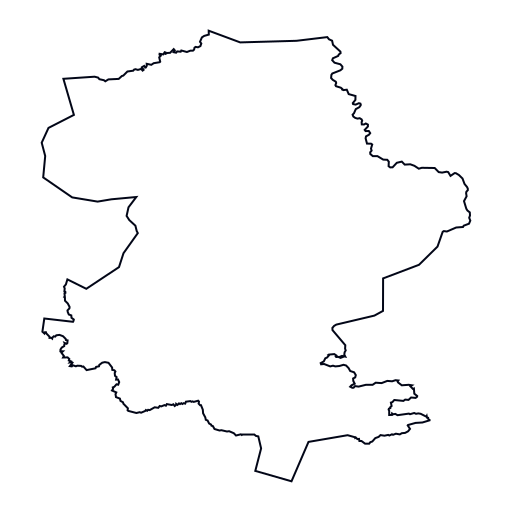 outline of Cagaan-Uul, Hövsgöl, Mongolia
{"feature_id": "93677404B10407015585804", "entity_name": "Cagaan-Uul", "entity_type": "district", "adm_level": 2, "iso_a3": "MNG", "parent_name": "Mongolia", "parent_adm1": "Hövsgöl", "projection": "natural_earth1", "projection_center": [98.66, 49.521], "detail": "fine", "context": "isolated", "style": "outline", "palette": "ink", "viewbox_px": 512, "rotation_deg": 0, "n_neighbors": 0, "source": "geoboundaries", "source_scale": "gbopen_adm2", "svg_char_len": 5943}
<svg xmlns="http://www.w3.org/2000/svg" viewBox="0 0 512 512"><path d="M338.2,55.9L338.7,54.6L340.6,53.1L340.4,51.6L333.0,44.8L332.1,40.7L329.0,39.3L327.3,37.1L296.5,40.8L240.2,42.4L208.7,30.7L208.8,34.6L204.2,35.9L201.9,37.4L200.0,41.8L201.3,43.5L200.4,46.1L198.0,47.3L195.6,46.9L194.5,47.7L194.1,49.6L192.9,50.7L190.3,50.7L186.9,52.0L181.3,50.5L180.7,51.7L177.2,51.4L176.1,52.7L173.7,52.2L174.8,50.4L173.7,49.1L170.1,52.8L167.1,53.0L165.5,53.9L164.9,53.6L165.3,52.4L164.7,52.2L163.3,54.4L159.6,53.8L159.5,54.7L160.7,55.8L159.2,57.3L160.2,61.7L159.7,62.2L153.7,63.2L151.3,64.8L146.7,63.8L146.8,65.7L145.8,67.5L145.3,67.6L144.2,65.9L141.8,67.3L141.7,68.1L143.5,69.3L143.6,69.9L142.6,70.6L141.2,68.9L137.9,69.9L135.5,69.2L134.1,69.6L133.2,70.7L127.4,71.5L123.3,75.6L121.9,76.0L118.7,78.9L108.4,79.4L105.3,81.3L103.9,80.2L99.4,79.2L98.1,77.6L94.6,76.7L63.4,78.8L73.9,114.9L48.5,127.9L41.7,142.7L45.2,156.0L43.2,177.4L72.2,197.4L97.6,201.6L111.4,199.3L136.3,197.0L128.5,207.3L126.6,215.9L129.3,220.1L135.4,225.7L136.7,231.0L137.8,233.1L123.5,253.2L119.0,267.1L86.3,288.8L67.4,279.4L65.9,284.4L64.0,286.7L64.7,288.4L64.4,291.4L65.3,291.8L65.4,292.9L64.5,293.4L64.8,296.5L64.3,297.0L64.9,297.4L65.0,300.7L67.8,303.5L69.6,307.0L69.4,308.4L67.5,310.4L67.7,311.9L68.8,314.5L71.3,315.4L71.5,317.8L73.8,319.5L73.5,320.9L73.0,321.8L44.3,318.5L42.4,331.7L44.4,333.5L44.8,332.3L45.9,332.2L46.4,333.5L49.5,336.7L49.5,337.9L51.2,337.8L52.2,338.6L52.4,337.6L53.7,336.3L55.2,336.6L56.3,335.3L59.5,334.9L63.0,336.2L65.7,338.9L65.9,340.0L67.6,340.4L67.3,343.2L66.6,343.8L64.5,342.9L64.9,343.9L64.3,344.6L64.2,346.1L61.8,347.5L60.5,349.5L60.4,351.2L62.9,351.3L61.4,352.7L63.9,356.0L63.1,357.5L67.6,357.4L69.3,359.0L68.8,360.5L70.8,361.3L69.9,362.4L71.7,362.1L72.5,362.6L69.9,366.1L71.8,366.4L72.9,365.3L75.9,366.3L77.3,365.7L81.1,365.9L82.1,366.7L83.4,366.5L86.6,370.1L95.5,368.3L96.1,366.9L99.0,366.3L99.3,364.9L102.2,362.7L104.9,362.1L108.5,362.8L112.1,367.5L112.3,369.9L114.4,370.3L115.4,371.5L114.7,373.0L115.0,375.8L116.6,377.1L116.1,379.6L118.0,379.5L119.2,382.1L118.2,384.7L116.5,384.3L114.3,386.8L112.8,387.4L113.1,388.9L112.0,390.5L116.3,392.4L115.5,394.2L116.0,397.1L119.9,398.6L120.5,400.9L123.0,402.3L123.4,403.7L127.9,408.3L127.6,410.3L128.3,410.9L136.4,413.0L139.7,412.2L141.1,412.7L145.1,411.0L145.9,410.0L147.1,410.8L148.1,409.8L149.7,410.1L154.7,407.3L158.3,407.8L159.7,406.0L161.2,406.4L164.5,405.1L165.9,405.7L166.8,404.1L171.8,405.0L173.4,404.3L174.7,406.0L176.1,404.9L176.2,403.9L177.5,404.9L179.0,403.4L180.0,404.1L181.3,403.2L182.4,404.0L183.6,403.2L185.2,403.6L185.9,401.7L190.4,401.1L191.4,401.8L192.6,401.4L193.7,401.9L198.2,400.7L199.0,401.6L198.6,403.6L200.1,405.2L201.0,405.2L202.8,409.7L203.1,413.3L205.3,417.4L205.8,419.8L207.6,420.5L209.1,423.5L211.1,424.6L211.5,425.7L212.9,426.1L214.5,429.0L219.5,430.5L221.4,430.2L227.0,431.5L229.1,431.2L233.8,433.2L236.0,435.5L240.9,434.3L241.8,435.0L242.5,434.5L254.3,434.5L255.9,435.9L258.3,436.4L261.1,448.4L255.3,470.9L291.5,481.3L308.5,441.9L347.6,435.2L354.8,437.2L355.1,437.9L355.7,437.4L357.4,439.1L359.0,438.9L359.4,441.0L361.5,441.0L365.1,443.7L369.2,443.7L370.3,442.2L372.3,441.5L375.3,438.1L378.6,436.9L380.5,435.1L384.5,435.7L388.2,434.9L389.3,435.5L392.0,434.3L393.0,434.8L395.9,433.7L399.8,434.4L401.8,433.2L405.1,432.9L408.1,431.3L410.0,428.9L407.7,425.4L408.0,425.0L415.6,422.9L422.4,422.5L430.3,420.1L429.2,419.9L428.1,418.6L428.1,417.8L427.0,417.6L426.7,416.1L426.4,416.7L420.7,413.8L418.3,413.4L416.0,413.8L414.2,413.0L410.0,414.2L408.9,413.6L397.5,415.2L395.3,413.9L393.3,414.3L392.1,413.5L392.0,414.9L389.2,415.0L389.2,410.9L388.6,409.6L388.9,408.7L390.3,408.1L390.2,407.3L391.6,406.0L390.9,402.6L392.4,402.1L394.3,400.0L403.4,400.9L405.2,399.6L408.5,399.9L411.1,397.5L415.6,397.9L417.1,396.7L417.2,396.0L414.3,393.7L413.9,388.5L412.9,388.9L410.4,386.3L411.9,385.3L408.7,384.8L401.8,385.3L398.0,382.4L397.6,381.5L398.3,380.5L395.5,380.2L392.1,381.3L387.3,380.9L381.6,383.1L375.7,382.7L372.6,384.8L365.9,384.8L358.6,386.6L355.0,386.1L353.6,387.7L352.3,387.8L350.2,386.7L351.5,385.3L354.7,383.7L353.3,381.0L353.1,378.5L355.2,377.4L355.8,375.1L354.1,372.3L350.2,371.0L348.6,368.1L346.1,365.5L343.5,364.8L339.4,366.0L335.3,366.4L333.0,365.7L330.2,366.4L324.1,364.0L321.1,364.3L320.7,363.1L323.8,361.4L325.3,358.3L327.1,357.5L329.0,355.3L328.4,354.9L328.8,354.6L334.3,354.1L336.4,355.5L335.7,356.4L336.2,357.0L338.3,356.9L340.5,357.9L342.3,357.2L340.8,356.4L342.0,355.9L345.3,356.6L344.3,354.6L344.6,352.3L345.7,350.4L345.1,348.7L345.3,345.2L332.5,330.1L332.4,327.9L334.1,325.9L336.3,324.6L374.4,315.6L383.0,310.9L383.1,278.4L419.0,264.8L437.5,246.6L442.7,231.8L443.8,231.1L446.9,231.5L456.2,227.5L463.0,227.0L463.7,225.7L469.0,223.7L470.3,220.6L469.2,217.8L470.0,215.4L469.8,212.4L467.4,210.5L466.3,208.7L464.0,201.1L466.6,196.3L466.1,193.1L466.4,191.7L467.8,190.2L467.8,188.7L467.1,187.1L464.5,183.9L462.5,178.5L458.9,175.0L455.9,173.2L454.6,173.1L450.5,175.9L448.2,172.1L446.6,171.7L442.1,172.6L438.7,172.1L434.7,168.0L421.8,167.8L418.8,168.7L414.4,165.8L410.3,164.3L404.7,164.6L401.8,161.6L396.8,162.8L392.6,167.3L390.2,167.4L388.6,166.2L388.8,161.7L387.3,159.8L383.2,159.6L377.4,156.1L372.8,156.1L370.3,154.0L370.2,152.3L371.6,150.6L371.0,148.6L372.2,144.5L371.1,143.7L367.0,143.6L365.6,138.3L366.0,136.4L369.0,134.7L370.2,133.1L368.8,131.0L365.6,131.1L364.7,129.9L367.9,126.5L367.9,124.6L365.8,123.5L364.0,124.5L361.8,124.4L361.6,122.1L362.2,120.7L361.6,119.4L359.7,118.2L357.5,118.6L355.2,117.9L353.3,116.5L352.6,114.7L354.0,113.2L355.8,109.1L359.3,107.2L360.4,105.7L360.8,104.9L360.4,103.6L358.9,103.2L355.7,104.6L353.1,104.1L352.8,103.1L355.4,99.9L355.5,96.0L348.7,94.1L346.8,89.7L343.4,90.1L342.1,89.5L342.0,88.9L342.9,89.4L340.8,87.7L336.0,86.2L335.4,85.1L336.2,83.0L335.8,81.7L332.7,79.8L331.1,78.0L331.4,74.9L332.3,73.5L340.4,70.3L342.3,68.7L342.4,66.6L340.4,64.3L334.5,62.7L332.2,60.2L332.9,58.3L338.2,55.9Z" fill="none" stroke="#020617" stroke-width="2"/></svg>